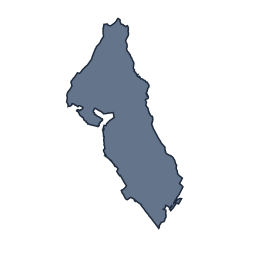 the district of Deleni, Iasi, Romania, rotated 64°
{"feature_id": "2599482B9062650452312", "entity_name": "Deleni", "entity_type": "district", "adm_level": 2, "iso_a3": "ROU", "parent_name": "Romania", "parent_adm1": "Iasi", "projection": "orthographic", "projection_center": [26.854, 47.467], "detail": "fine", "context": "isolated", "style": "filled", "palette": "slate", "viewbox_px": 256, "rotation_deg": 64, "n_neighbors": 0, "source": "geoboundaries", "source_scale": "gbopen_adm2", "svg_char_len": 5768}
<svg xmlns="http://www.w3.org/2000/svg" viewBox="0 0 256 256"><g transform="rotate(64 128 128)"><path d="M79.2,171.6L79.7,171.5L81.0,171.8L81.8,172.2L82.3,172.4L82.1,171.8L82.4,171.8L82.6,171.3L83.0,170.8L82.8,170.5L82.9,170.1L82.9,169.3L82.5,168.2L82.0,168.2L81.8,168.1L81.8,167.5L82.1,166.7L82.3,166.4L84.0,165.7L84.9,164.8L86.9,163.7L86.3,162.8L86.8,161.7L88.5,160.3L89.9,159.5L90.4,160.1L91.1,161.3L90.9,161.8L91.0,162.2L90.8,162.6L91.3,163.7L91.1,164.1L90.1,164.2L90.0,165.0L89.5,165.2L89.7,166.5L90.2,166.7L90.8,166.1L92.0,165.6L92.8,165.7L94.2,165.5L94.5,165.7L96.0,165.5L96.2,165.3L96.5,165.2L97.2,164.7L97.8,164.7L98.4,164.2L99.0,164.0L99.2,163.7L100.8,164.0L101.3,163.8L102.0,164.0L102.6,163.4L103.7,162.7L104.6,163.0L105.7,162.2L106.2,162.2L106.8,162.4L107.1,161.7L108.0,161.1L108.0,160.8L108.5,160.4L112.3,155.8L113.6,154.4L113.0,153.6L113.3,153.4L113.3,153.0L112.6,152.6L112.2,152.6L111.3,151.9L111.4,151.3L111.3,151.0L110.5,150.5L110.4,149.3L109.9,147.8L109.7,147.5L109.4,147.8L109.0,147.2L108.6,147.1L108.5,147.3L108.4,147.3L107.3,148.1L105.9,148.8L104.4,150.0L102.2,151.4L101.9,151.2L101.6,151.5L100.9,151.9L100.7,152.1L100.1,151.5L99.6,151.6L98.7,152.1L97.5,151.8L95.7,149.2L97.1,148.0L100.0,146.2L100.3,145.7L101.2,145.1L103.5,144.0L104.4,143.9L104.6,143.7L104.9,142.7L105.5,141.3L105.7,140.2L107.6,134.7L109.0,134.9L112.5,135.8L112.6,136.3L112.5,136.9L112.9,137.9L113.0,139.4L113.3,140.4L113.3,141.2L114.1,143.5L114.5,144.5L114.7,145.0L114.7,145.3L116.2,146.6L115.2,148.3L115.5,148.4L115.4,148.6L117.4,150.5L118.0,149.9L119.3,150.8L118.7,151.7L120.5,152.0L122.7,152.8L124.9,153.7L125.1,153.3L125.5,153.6L125.9,153.5L128.1,155.1L129.9,155.7L131.1,155.9L132.4,156.9L133.8,157.0L136.3,157.8L136.7,158.4L136.7,159.1L136.7,159.3L138.1,160.1L140.6,160.0L141.8,160.4L142.1,159.8L143.0,160.0L142.9,160.9L146.4,159.0L149.6,157.9L149.6,157.4L150.7,157.2L150.8,157.5L152.2,157.1L153.6,156.9L154.9,156.2L155.4,156.7L156.6,156.6L157.1,156.3L157.2,156.1L157.0,155.7L160.0,154.8L160.7,155.1L162.0,157.1L164.7,156.9L167.3,156.4L167.1,155.8L168.4,155.6L175.1,155.2L179.4,154.7L180.1,156.1L181.0,158.6L181.1,159.3L181.1,161.4L183.7,161.7L185.9,161.3L190.4,161.2L190.9,161.0L191.9,160.4L191.9,160.0L192.1,159.9L191.7,157.2L191.5,156.6L191.5,155.9L192.5,155.4L193.8,154.2L194.7,153.8L195.3,153.3L195.9,153.9L196.2,154.1L197.1,153.5L196.5,153.2L197.3,152.5L198.0,152.3L203.0,149.6L203.3,150.1L208.8,148.9L210.3,148.8L215.4,147.5L216.0,147.7L218.7,146.9L229.2,144.8L231.7,144.4L231.3,143.7L230.5,143.0L229.4,142.8L229.1,142.0L228.6,141.5L228.5,140.8L227.4,139.5L227.7,138.1L227.8,136.8L227.7,136.3L227.1,135.6L226.0,134.7L225.3,133.7L224.7,132.9L223.6,132.3L222.8,132.1L222.4,131.8L221.7,131.8L219.7,130.5L218.5,130.0L216.5,131.7L216.5,130.9L216.1,129.7L214.9,128.5L214.1,128.2L214.1,127.9L215.4,126.8L216.3,126.2L218.3,125.4L217.0,122.7L217.4,122.6L219.0,126.2L219.8,125.8L219.9,126.0L221.1,125.8L220.5,124.5L219.6,122.3L216.7,117.4L218.4,115.8L215.0,110.8L214.0,112.2L214.1,112.7L214.0,114.4L214.8,116.9L215.9,118.2L215.4,118.9L216.0,120.0L215.6,119.9L214.2,117.8L213.4,116.8L212.7,115.3L212.3,114.8L211.8,114.7L211.7,114.5L211.5,113.5L211.0,112.7L210.5,112.1L210.3,111.1L209.5,110.4L205.0,104.4L202.3,105.2L200.6,106.1L196.9,101.1L192.9,103.0L191.7,103.2L191.1,103.5L188.0,102.6L185.9,102.5L184.7,102.0L182.7,100.6L182.3,100.8L181.5,100.9L180.8,100.7L180.3,100.8L177.4,100.2L175.3,100.5L174.4,100.4L171.7,101.6L170.8,102.6L168.5,104.3L167.2,104.8L166.2,104.9L165.8,104.6L163.1,104.1L161.6,103.2L155.0,105.0L154.5,104.6L151.2,105.1L140.8,105.5L137.7,105.4L136.8,105.1L136.6,105.3L136.3,105.3L135.4,105.0L134.9,105.1L134.8,104.9L134.3,104.8L134.1,104.3L133.8,104.2L133.4,103.5L133.2,103.3L132.8,103.4L132.7,103.1L132.4,102.7L131.9,102.5L131.0,101.8L130.6,101.8L130.0,101.4L129.8,101.6L128.2,101.0L127.3,102.0L125.5,102.3L125.0,102.4L125.0,102.2L123.6,102.3L122.0,102.0L121.0,102.0L119.7,101.5L118.5,101.4L116.7,102.0L115.9,101.8L115.6,101.9L114.5,101.4L113.5,100.6L113.1,100.1L112.7,100.0L111.6,100.2L110.7,100.2L110.2,99.8L110.0,99.5L110.3,97.4L109.6,96.4L108.4,95.9L108.1,96.2L107.9,96.6L107.5,96.2L107.3,96.4L106.8,96.2L106.8,96.5L106.3,96.5L105.7,96.1L105.3,96.7L105.0,96.7L104.3,96.0L103.5,94.8L102.7,94.1L101.4,93.2L101.0,92.6L100.4,91.4L99.0,90.5L98.5,90.4L97.5,90.6L95.2,90.7L94.6,91.8L93.9,91.6L93.4,91.8L93.1,92.0L92.6,92.0L91.8,93.1L91.1,93.2L89.9,93.9L89.5,94.9L89.2,95.1L88.8,95.3L87.8,94.9L86.6,95.1L86.6,95.6L87.4,95.6L86.5,96.4L86.1,96.4L85.5,96.9L84.6,96.2L84.5,95.9L84.3,95.6L84.1,96.2L84.0,96.8L83.4,96.9L82.9,96.7L82.2,97.1L81.3,96.7L80.0,97.8L79.1,97.2L78.7,96.7L77.2,97.1L75.9,96.7L72.9,94.6L71.5,94.1L68.7,94.3L66.8,94.0L65.9,94.3L64.8,94.1L64.1,94.3L63.4,94.0L63.0,93.9L62.2,94.4L60.6,94.3L58.9,94.9L57.2,94.9L56.4,94.7L55.7,94.3L55.1,93.5L53.5,92.6L51.6,92.1L49.7,92.3L48.7,91.9L46.8,89.9L45.9,88.4L44.6,86.9L43.1,86.0L41.3,85.6L40.8,85.4L40.3,84.8L39.7,84.7L39.4,84.4L39.0,84.2L37.5,83.7L36.4,83.6L35.7,83.8L35.7,84.8L35.9,85.5L33.8,86.9L33.4,86.9L32.6,87.4L32.0,88.2L31.6,88.6L30.6,88.7L28.4,88.4L27.5,87.7L27.3,87.7L25.9,88.5L25.5,88.6L25.1,89.0L25.2,89.5L26.7,91.4L27.5,93.3L27.8,94.2L28.5,98.2L28.3,99.3L27.5,100.2L26.4,101.0L25.5,101.0L25.2,101.4L24.7,103.4L24.3,104.1L25.4,105.0L26.4,105.6L27.6,106.8L29.0,107.3L30.8,108.4L34.7,109.7L35.3,110.2L35.9,111.5L36.9,112.9L37.4,113.9L39.0,115.5L40.1,117.9L40.3,118.8L41.1,120.8L42.0,121.6L42.4,122.4L46.8,127.3L48.6,129.2L49.6,129.9L50.2,130.6L53.7,136.9L54.1,138.7L54.3,139.6L54.9,140.9L55.1,141.9L55.5,142.6L55.7,143.6L56.5,144.7L57.4,146.9L57.5,147.7L57.4,148.1L56.2,149.2L58.8,153.5L59.5,155.4L60.6,157.4L61.2,158.8L62.9,159.5L64.0,159.5L65.7,160.0L67.8,163.1L69.3,166.4L71.7,168.6L72.5,168.9L73.8,169.0L77.7,171.7L79.2,171.6Z" fill="#64748b" stroke="#1e293b" stroke-width="1.5"/></g></svg>